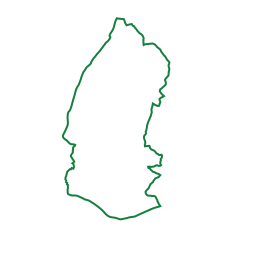 Emuhaya, Western, Kenya, rotated 304°
{"feature_id": "3690345B95240919244140", "entity_name": "Emuhaya", "entity_type": "district", "adm_level": 2, "iso_a3": "KEN", "parent_name": "Kenya", "parent_adm1": "Western", "projection": "orthographic", "projection_center": [34.617, 0.08], "detail": "fine", "context": "isolated", "style": "outline", "palette": "green", "viewbox_px": 256, "rotation_deg": 304, "n_neighbors": 0, "source": "geoboundaries", "source_scale": "gbopen_adm2", "svg_char_len": 4435}
<svg xmlns="http://www.w3.org/2000/svg" viewBox="0 0 256 256"><g transform="rotate(304 128 128)"><path d="M215.9,63.6L215.3,62.6L214.7,61.5L213.9,60.0L213.1,58.5L212.9,57.5L211.0,57.6L209.4,57.9L207.9,58.4L206.8,58.8L205.3,59.3L203.9,59.8L202.2,60.3L200.5,60.5L198.5,60.6L197.3,60.6L195.7,60.6L194.0,61.2L193.4,62.6L192.3,62.9L191.0,62.9L189.5,62.8L187.9,62.5L186.7,62.1L185.3,61.9L184.1,62.0L182.3,61.8L180.8,61.8L179.6,61.7L178.1,61.6L176.2,61.6L175.0,61.4L173.4,61.2L172.2,61.0L170.4,60.9L168.7,60.8L166.9,60.5L165.0,60.5L163.7,60.5L162.0,60.7L160.5,61.1L158.8,60.8L157.1,60.3L155.9,59.9L153.9,59.7L152.1,59.9L151.0,59.9L149.5,59.7L148.4,60.0L147.1,60.2L145.4,60.6L143.6,61.1L142.4,61.5L141.0,61.9L139.5,62.2L137.2,62.8L135.6,63.0L134.4,63.0L132.9,63.1L131.1,63.4L129.0,64.0L126.8,64.8L125.0,65.5L123.9,65.8L122.3,66.3L121.0,66.7L118.9,67.4L116.6,68.2L115.1,68.7L113.8,69.1L112.3,69.5L111.2,69.8L109.3,69.9L107.7,69.7L106.5,70.1L105.4,70.5L104.3,71.2L102.9,72.0L101.9,72.8L101.1,73.4L100.1,74.2L98.6,75.4L97.2,76.1L96.0,76.5L94.4,76.9L92.9,77.1L91.4,77.4L90.0,77.6L88.8,77.8L87.6,77.9L86.5,78.1L85.3,78.3L84.1,79.3L83.6,80.7L83.4,82.4L83.5,83.8L83.3,85.0L83.0,86.2L82.6,88.1L82.7,89.7L83.5,91.2L84.3,92.6L84.4,93.7L83.2,93.9L82.1,93.4L80.6,93.6L79.2,94.7L78.1,94.9L77.3,95.8L76.1,96.0L74.4,95.9L72.9,96.2L72.3,97.1L71.8,98.4L71.1,99.7L70.7,101.1L69.9,102.3L68.7,102.0L67.7,101.6L67.6,102.8L66.6,104.0L65.3,105.1L63.7,105.4L63.4,103.7L62.0,103.9L61.3,102.8L59.5,102.5L58.1,102.1L56.7,102.5L55.2,103.0L53.6,103.6L52.0,103.9L50.5,104.7L49.7,106.4L48.4,107.0L48.4,108.4L47.2,108.9L47.2,110.0L45.9,110.8L44.8,111.7L43.2,112.3L42.0,113.3L40.8,114.0L39.7,115.3L40.1,117.3L40.7,119.4L41.5,120.4L42.6,122.0L43.4,123.9L43.7,125.2L43.9,126.6L44.1,127.8L44.4,129.4L44.5,130.6L44.7,132.4L45.3,133.9L45.7,135.2L46.0,136.4L46.1,138.5L46.2,141.9L46.0,146.9L45.9,148.4L45.6,151.3L45.3,153.1L45.0,154.7L44.5,156.4L44.1,158.1L43.9,159.8L44.0,161.0L44.2,162.8L45.0,164.7L45.7,166.1L46.2,167.1L46.6,168.1L47.1,169.9L47.6,171.6L47.9,172.7L49.5,174.3L51.1,175.9L52.6,177.4L54.0,178.5L55.4,179.8L56.3,180.9L57.4,182.0L58.3,183.1L59.8,184.0L61.8,185.2L63.9,186.4L66.0,187.9L68.5,189.3L70.8,190.8L73.4,192.4L75.3,193.7L77.1,195.0L81.2,198.5L81.8,197.1L82.3,195.9L83.0,194.8L83.7,193.5L84.5,192.7L85.2,191.3L85.9,190.2L86.5,189.1L86.2,187.5L85.1,186.2L84.7,184.9L83.8,183.6L83.1,182.1L83.0,181.0L83.6,179.5L84.9,178.2L86.8,178.2L88.4,178.6L90.3,178.7L92.3,178.3L94.1,178.1L96.0,178.6L97.2,179.0L98.6,178.6L100.1,178.8L101.4,178.8L102.8,179.8L104.7,180.9L107.0,181.1L107.0,180.0L106.9,178.5L106.3,176.7L106.3,174.8L105.7,173.3L105.9,171.7L106.2,170.1L106.7,168.7L106.3,167.3L107.1,166.4L108.1,167.6L108.9,169.2L109.7,170.1L110.5,171.0L111.7,171.7L112.7,172.2L113.5,173.2L113.7,174.6L114.6,175.7L115.6,176.2L116.6,174.7L118.0,173.7L119.5,173.4L120.5,172.5L122.0,172.6L123.9,171.9L124.6,170.7L123.8,170.0L123.0,168.9L123.2,167.3L122.8,166.0L123.5,163.9L123.8,162.4L123.6,160.8L123.2,159.4L123.8,157.4L125.1,155.8L124.5,154.9L123.4,153.5L122.3,152.3L123.4,151.4L125.1,150.8L126.2,150.0L127.1,148.8L128.2,147.4L128.9,146.6L130.0,146.0L131.1,145.8L132.2,146.1L133.4,146.0L134.2,145.3L135.2,144.6L136.7,144.3L138.7,143.5L140.4,142.6L142.1,142.0L143.8,141.6L145.5,141.1L147.3,140.9L148.6,140.5L149.8,140.3L151.6,140.0L152.9,139.3L154.5,138.9L155.4,137.9L156.3,137.2L158.0,136.5L159.7,136.1L161.2,135.3L162.2,134.9L162.3,136.6L162.3,137.8L162.7,139.3L162.9,140.4L163.7,141.3L165.1,141.0L166.1,140.5L167.2,140.5L168.1,139.8L168.6,138.7L169.9,137.9L171.6,138.4L173.0,139.3L174.6,140.0L174.8,138.1L175.2,136.4L175.6,135.3L176.2,133.8L177.9,133.1L179.3,133.6L180.6,134.0L181.7,134.2L183.2,134.6L184.9,135.0L186.4,134.3L187.5,133.3L188.4,131.8L190.2,131.6L191.8,131.9L193.0,132.0L194.1,132.2L195.2,131.6L196.1,131.1L197.5,130.3L198.7,129.9L200.2,129.2L201.7,127.3L203.0,126.4L204.1,126.3L205.5,125.6L206.1,124.0L206.3,122.6L206.9,121.2L207.6,120.0L208.1,118.7L208.4,116.9L209.0,115.4L209.4,114.3L209.7,113.2L210.4,112.0L211.1,110.9L211.2,109.6L211.3,108.3L211.4,107.0L211.9,105.4L212.2,103.8L212.1,102.5L211.8,101.2L211.0,100.1L209.9,98.8L208.7,97.7L208.1,96.6L206.7,95.2L205.6,94.6L206.7,93.6L208.8,92.1L210.0,91.3L211.2,90.8L212.0,89.7L212.9,88.1L213.1,86.2L213.1,84.3L213.4,83.2L213.7,81.8L214.2,80.5L214.8,78.9L215.1,77.4L215.7,76.2L215.5,74.7L216.3,73.0L214.2,70.9L212.4,69.4L213.7,66.5L215.1,65.0L215.9,63.6Z" fill="none" stroke="#15803d" stroke-width="2"/></g></svg>